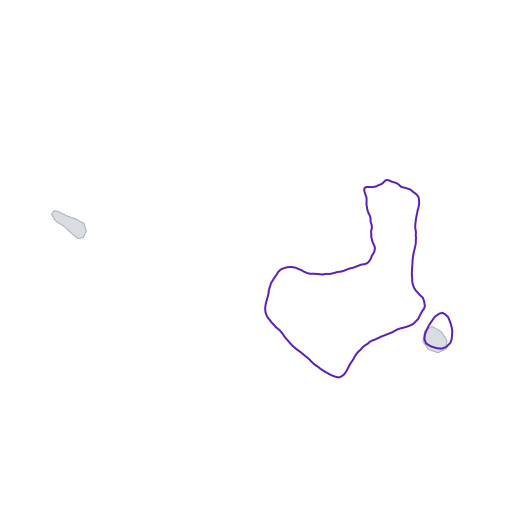 Felidhoo, Maldives shown in context, rotated 282°
{"feature_id": "70690204B77108705549894", "entity_name": "Felidhoo", "entity_type": "district", "adm_level": 2, "iso_a3": "MDV", "parent_name": "Maldives", "parent_adm1": "", "projection": "albers", "projection_center": [73.527, 3.453], "detail": "fine", "context": "in_parent", "style": "outline", "palette": "violet", "viewbox_px": 512, "rotation_deg": 282, "n_neighbors": 0, "source": "geoboundaries", "source_scale": "gbopen_adm2", "svg_char_len": 4165}
<svg xmlns="http://www.w3.org/2000/svg" viewBox="0 0 512 512"><g transform="rotate(282 256 256)"><path d="M252.0,81.1L244.9,84.9L238.4,83.3L236.1,78.6L239.4,71.5L244.9,62.4L248.7,52.6L254.3,47.3L258.5,49.1L258.1,54.6L256.0,62.2L254.8,72.0L252.0,81.1ZM213.2,460.4L204.6,461.1L199.2,454.2L200.4,444.1L207.1,437.0L217.7,436.6L223.8,442.9L220.6,452.7L213.2,460.4Z" fill="#d9dde1" stroke="#a8b0b8" stroke-width="1"/><path d="M357.2,372.1L357.6,370.8L357.6,369.7L357.6,368.2L357.1,367.3L356.4,366.6L355.5,366.0L354.6,365.5L353.6,364.8L352.4,363.7L351.6,362.5L350.6,360.9L349.2,359.3L348.4,357.5L347.7,356.1L347.4,354.6L347.1,352.6L346.7,350.3L346.0,349.0L345.4,348.3L343.9,348.0L342.2,348.4L340.9,349.1L339.4,349.9L337.6,351.0L336.1,352.0L333.7,352.5L331.3,353.0L329.7,353.2L328.1,353.9L326.2,354.6L324.4,355.3L322.7,356.3L320.8,357.6L318.6,359.3L316.7,360.2L315.0,360.6L313.3,361.0L311.9,361.8L310.6,362.6L309.3,363.0L307.8,363.5L306.7,363.6L305.0,363.3L303.8,363.6L302.6,363.8L300.9,364.3L299.6,364.6L298.2,364.9L297.1,365.6L295.8,366.1L294.0,367.2L292.1,368.3L291.1,369.3L289.9,370.0L288.8,370.6L287.0,370.8L285.2,370.8L283.7,370.6L282.5,370.1L281.4,369.7L279.9,369.1L278.5,369.1L277.1,368.9L275.7,368.3L273.8,367.5L272.4,366.5L271.5,365.5L271.0,364.6L270.2,362.9L269.8,361.5L269.2,360.3L268.5,359.2L267.6,357.9L266.7,356.4L265.9,355.4L265.5,354.6L264.8,353.6L264.4,352.8L263.8,351.4L263.0,349.8L262.3,348.7L261.3,347.1L260.3,345.7L259.3,344.2L258.7,342.8L258.0,341.4L257.7,340.0L257.1,338.7L256.4,337.3L255.6,336.0L254.6,333.7L254.0,332.6L253.8,332.0L253.5,330.5L253.1,328.6L252.7,326.9L251.9,325.7L251.7,324.1L251.4,322.5L251.4,321.3L251.2,319.7L250.8,317.5L250.6,315.7L250.2,314.3L249.9,312.8L249.9,310.7L250.0,309.1L250.5,307.1L250.8,305.7L251.3,304.2L251.7,303.2L252.0,300.8L252.4,298.9L252.7,297.5L252.8,295.9L252.7,294.0L252.5,292.2L251.9,290.2L251.4,288.7L250.6,287.1L249.3,285.0L248.5,283.6L247.2,282.5L244.9,281.0L243.2,280.4L240.5,279.5L239.1,278.7L237.2,278.0L235.7,277.5L232.6,276.3L230.5,276.2L227.7,275.9L225.3,275.7L222.0,276.0L219.2,276.0L216.6,275.8L214.8,275.7L212.5,275.5L209.3,275.6L206.9,275.8L205.1,276.3L202.9,277.0L200.8,278.2L199.2,279.4L197.8,280.8L196.7,282.2L193.9,285.5L192.5,287.7L190.6,290.1L189.5,292.3L188.1,294.9L186.5,296.9L184.6,299.1L183.3,300.3L182.0,301.9L180.5,304.0L179.1,305.8L178.2,306.9L175.3,311.1L174.6,312.6L173.3,314.9L172.0,317.9L170.6,320.9L169.3,323.3L168.1,325.6L167.0,327.9L165.8,330.0L164.4,331.8L163.1,334.0L162.1,335.7L161.0,338.4L160.2,340.4L159.3,342.0L158.3,344.3L157.7,346.3L156.9,348.0L156.4,350.3L155.6,352.3L155.1,354.3L154.7,356.7L154.4,358.7L154.4,360.1L154.4,362.0L155.2,363.6L156.6,365.2L157.9,366.4L160.0,367.5L163.0,368.6L165.3,369.3L168.1,370.0L170.6,370.8L173.6,372.0L175.5,372.7L178.3,373.5L180.2,374.3L182.4,375.2L184.5,376.6L186.3,377.9L188.8,379.2L190.9,380.9L192.5,382.5L193.7,383.8L195.5,384.9L197.1,386.7L199.0,389.7L201.0,392.4L203.4,395.5L205.3,398.5L207.7,402.1L209.6,405.0L211.1,406.7L213.1,408.9L215.1,412.1L216.3,414.6L218.0,417.9L219.5,420.3L221.2,422.7L223.2,424.6L225.8,426.2L228.1,427.7L231.3,428.5L233.7,429.2L235.2,429.6L237.2,430.3L239.5,431.3L242.2,431.6L246.3,430.0L249.8,428.0L252.0,424.2L253.8,421.8L255.6,419.3L257.9,417.1L260.7,415.4L263.5,414.1L265.9,413.6L269.1,412.6L272.4,411.9L277.3,411.1L281.1,410.6L284.8,410.0L287.7,409.7L290.8,409.6L294.1,409.6L296.7,409.7L301.2,409.7L305.2,409.0L306.8,408.8L307.9,408.5L308.7,408.1L309.5,407.9L310.8,407.8L312.4,407.5L314.0,407.0L315.9,406.1L318.9,405.4L321.7,405.1L324.9,404.8L328.4,404.7L331.2,404.7L334.2,404.6L336.7,404.8L339.8,404.8L342.9,404.3L345.4,403.6L347.7,402.5L349.1,400.8L350.2,399.1L351.0,397.2L351.8,395.5L352.5,394.4L353.0,393.3L353.4,391.2L353.5,389.5L353.7,387.6L353.7,385.4L353.7,383.8L354.4,382.5L355.3,381.3L355.9,380.0L356.4,378.5L356.7,377.1L356.8,375.3L356.9,373.4L357.2,372.1ZM239.2,450.3L237.8,447.4L234.0,443.7L228.5,441.3L223.1,439.3L218.6,438.2L214.8,437.5L209.8,437.9L205.8,440.6L204.0,445.7L203.4,451.6L203.9,456.7L206.6,461.0L211.3,464.1L215.2,464.7L220.9,464.0L224.1,463.4L228.3,461.6L232.5,459.2L236.1,456.7L238.1,453.5L239.2,450.3Z" fill="none" stroke="#5b21b6" stroke-width="2"/></g></svg>